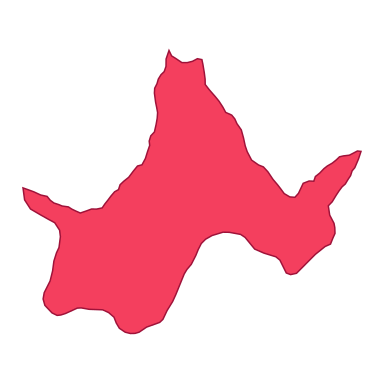 outline of Florínea, São Paulo, Brazil
{"feature_id": "56859067B78731912256426", "entity_name": "Florínea", "entity_type": "district", "adm_level": 2, "iso_a3": "BRA", "parent_name": "Brazil", "parent_adm1": "São Paulo", "projection": "natural_earth1", "projection_center": [-50.688, -22.869], "detail": "fine", "context": "isolated", "style": "filled", "palette": "rose", "viewbox_px": 384, "rotation_deg": 0, "n_neighbors": 0, "source": "geoboundaries", "source_scale": "gbopen_adm2", "svg_char_len": 2160}
<svg xmlns="http://www.w3.org/2000/svg" viewBox="0 0 384 384"><path d="M361.0,151.4L357.4,151.0L353.8,152.9L349.3,155.2L343.4,155.9L339.5,156.8L336.4,159.8L332.3,163.1L327.3,166.0L324.0,168.6L319.7,173.1L315.4,176.5L313.8,181.2L309.1,181.0L303.2,183.3L298.5,193.3L294.9,197.3L289.8,196.9L284.2,193.6L280.6,188.7L277.5,184.7L273.0,179.4L267.9,171.8L263.4,166.9L258.6,165.0L251.6,160.1L247.2,151.7L245.2,145.8L243.5,137.9L241.3,129.9L236.9,123.6L234.8,118.9L231.7,115.1L225.7,112.4L222.9,107.2L219.0,101.2L215.5,96.9L209.4,89.9L205.2,84.5L205.1,79.1L204.3,72.8L202.9,64.3L201.9,59.6L197.4,58.7L192.5,61.3L187.3,62.6L181.9,62.6L175.5,58.3L171.6,55.9L169.0,50.5L166.1,59.0L166.0,66.4L164.2,71.6L161.0,74.7L158.3,79.1L157.0,83.7L154.7,88.2L154.4,93.1L155.6,102.2L156.7,107.6L157.6,112.6L157.2,118.2L156.1,124.5L154.4,132.0L150.8,135.8L149.2,141.1L149.7,145.4L147.6,151.4L145.4,158.5L142.0,164.8L137.5,166.0L133.2,171.3L128.7,177.3L123.8,181.2L120.1,184.7L118.5,189.6L114.6,191.8L111.0,196.0L107.7,200.4L104.9,203.9L102.2,207.9L96.5,209.1L91.6,209.0L86.5,210.9L80.3,213.0L75.5,210.9L71.8,209.1L68.4,206.9L62.1,206.0L58.8,204.6L53.9,203.0L50.3,200.3L47.1,196.4L40.7,195.0L33.8,191.8L28.6,189.9L23.0,187.9L24.6,199.9L30.5,209.0L41.1,215.2L48.4,219.3L54.7,222.7L59.6,230.2L60.4,236.7L59.0,247.5L56.5,252.8L53.9,261.1L52.6,270.9L50.1,281.0L44.2,292.7L43.1,299.0L44.9,305.4L52.0,312.9L57.1,315.4L60.8,315.0L65.5,313.5L77.3,308.1L81.2,307.9L89.1,309.3L102.6,309.8L108.7,312.6L114.0,317.2L116.3,323.1L119.4,328.3L125.2,332.2L130.4,333.5L135.0,333.4L139.1,332.2L146.6,327.1L159.7,322.4L162.9,319.4L167.1,310.5L172.6,301.6L175.8,294.6L184.2,274.0L186.9,269.5L191.3,264.3L195.8,255.5L198.2,249.6L201.3,243.5L205.6,239.2L212.1,235.5L223.0,232.2L229.2,232.3L240.6,234.4L245.1,237.4L254.7,249.1L263.9,253.1L275.9,256.8L279.9,260.1L286.3,273.0L290.6,274.6L296.5,273.3L311.2,258.5L315.4,254.3L325.1,246.5L330.5,244.1L332.8,238.3L335.0,233.4L334.8,227.6L334.0,223.3L329.7,215.1L328.3,205.8L332.2,201.8L336.2,195.2L339.1,190.8L342.1,186.8L345.3,184.0L348.0,179.5L350.6,175.6L352.1,170.9L354.8,167.7L358.5,159.0L361.0,151.4Z" fill="#f43f5e" stroke="#9f1239" stroke-width="1.5"/></svg>